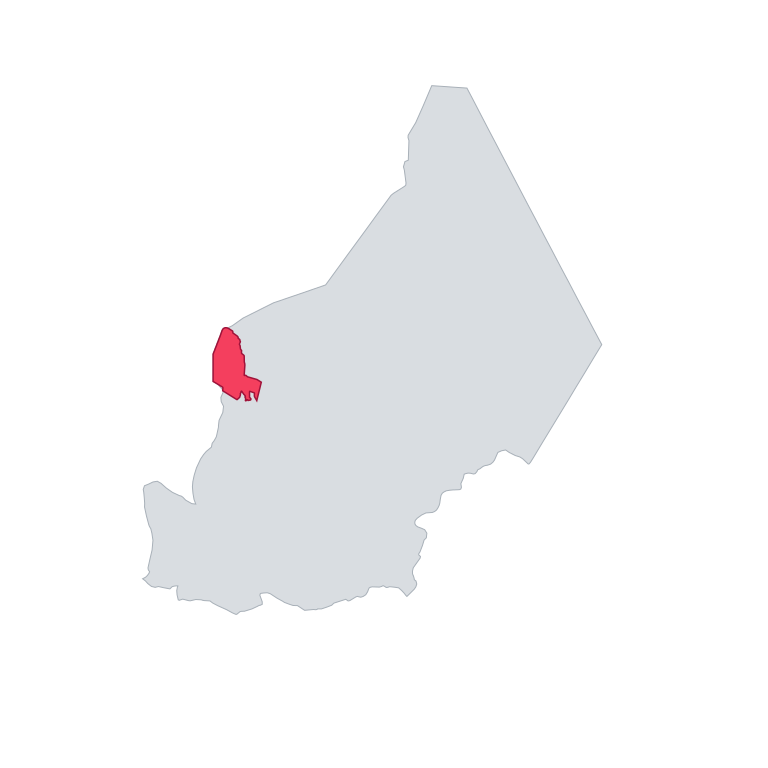 Lac on a map of Chad (Natural Earth projection), rotated 32°
{"feature_id": "TCD-1466", "entity_name": "Lac", "entity_type": "Prefecture", "adm_level": 1, "iso_a3": "TCD", "parent_name": "Chad", "parent_adm1": "", "projection": "natural_earth1", "projection_center": [14.654, 13.759], "detail": "fine", "context": "in_parent", "style": "filled", "palette": "rose", "viewbox_px": 768, "rotation_deg": 32, "n_neighbors": 0, "source": "natural_earth", "source_scale": "10m", "svg_char_len": 5748}
<svg xmlns="http://www.w3.org/2000/svg" viewBox="0 0 768 768"><g transform="rotate(32 384 384)"><path d="M547.8,235.2L548.0,251.7L548.3,268.2L548.5,284.7L548.8,301.2L549.0,317.7L549.2,334.2L549.4,350.7L549.7,367.1L549.7,372.6L549.4,374.8L549.2,375.1L548.6,375.4L541.1,373.9L537.8,373.9L533.2,375.1L526.5,375.7L522.1,375.5L519.1,378.3L516.8,381.7L518.0,389.9L517.8,392.6L516.9,395.4L514.9,397.9L512.8,399.8L511.6,401.5L510.2,405.2L509.0,406.9L509.2,409.2L508.8,411.7L507.6,412.9L504.5,413.9L502.5,415.0L500.8,416.7L499.8,418.0L500.4,419.7L501.2,422.1L501.7,425.7L502.0,427.8L503.6,429.6L504.5,430.8L504.8,432.4L504.0,433.6L500.1,436.3L498.6,437.3L496.9,438.6L496.2,439.1L493.4,441.6L492.0,443.9L491.3,445.7L491.4,448.3L492.9,452.1L494.4,455.4L495.1,457.8L495.4,460.5L495.3,463.1L494.5,465.3L493.1,467.3L487.9,471.1L485.3,475.2L483.3,480.2L482.8,483.0L483.3,484.8L484.4,486.3L486.0,487.1L488.3,487.3L492.1,486.5L495.7,486.0L499.4,487.8L501.4,492.0L500.7,495.1L502.2,500.6L503.5,507.4L503.4,509.6L504.0,510.5L506.3,510.9L506.9,512.5L506.2,524.3L507.3,527.6L508.9,530.0L510.7,531.2L512.5,532.8L513.4,533.9L515.5,534.1L517.8,536.3L518.5,539.2L518.4,541.9L517.0,547.9L516.0,552.0L514.6,551.7L511.9,550.7L508.5,549.8L504.4,549.1L500.5,550.8L496.2,552.9L494.9,554.5L493.7,555.4L491.9,555.3L490.1,555.5L489.2,557.0L487.7,558.7L481.6,562.2L480.3,563.4L479.5,564.7L479.6,566.0L480.2,568.9L480.2,572.4L478.9,575.2L477.3,577.1L475.5,577.8L474.0,578.2L473.0,579.4L469.8,585.8L468.5,587.0L465.7,586.8L457.6,596.4L456.9,599.3L453.9,603.3L450.2,607.8L446.9,609.9L446.6,610.8L445.7,611.6L443.7,612.6L436.6,618.0L428.0,617.8L424.3,620.0L420.6,620.9L415.2,622.0L413.6,621.9L406.7,622.3L398.7,622.1L395.6,622.9L392.7,625.0L390.5,626.8L390.2,627.4L390.5,628.2L390.5,628.8L396.1,633.2L397.5,635.4L396.1,637.5L395.5,637.8L395.4,638.0L394.5,639.6L391.2,644.7L386.1,650.6L383.6,652.3L382.5,653.4L381.2,657.3L380.3,657.9L376.9,658.4L370.0,658.8L360.5,660.1L354.9,660.5L351.3,660.2L346.4,662.9L344.6,663.6L343.5,663.8L338.6,666.5L334.5,670.6L333.0,671.3L327.3,673.1L325.0,675.9L323.9,676.1L320.2,672.4L317.7,669.0L316.4,665.6L316.3,664.5L315.6,664.7L313.6,666.2L311.8,668.0L311.0,671.2L305.1,673.5L300.0,675.3L297.7,677.7L294.1,678.9L289.5,678.4L286.0,677.4L282.5,677.1L284.2,674.2L284.8,671.9L285.0,669.2L284.7,667.4L282.6,666.5L281.3,665.0L278.3,656.5L275.3,647.7L270.9,639.0L266.2,633.5L262.8,630.2L261.7,629.7L260.0,628.7L258.8,627.7L252.5,621.8L246.1,615.2L244.4,612.2L241.2,607.8L237.6,603.1L235.7,601.0L234.8,597.2L237.3,593.8L240.0,589.5L243.3,586.6L247.5,586.4L254.5,587.6L262.0,588.0L269.5,587.1L271.4,586.5L273.4,586.6L277.4,587.6L284.4,587.3L288.0,585.6L284.1,582.6L279.9,577.9L276.0,572.7L273.6,568.0L271.4,562.0L269.4,554.5L268.2,544.8L268.4,539.3L269.0,535.4L271.1,529.0L269.7,525.3L270.0,522.3L269.8,517.8L269.1,515.6L266.4,508.1L265.8,507.3L263.4,502.2L262.4,493.6L259.7,487.9L255.3,485.2L252.8,481.9L251.9,476.0L250.2,474.4L243.4,472.4L237.7,472.3L233.5,465.7L228.2,457.2L223.2,449.2L220.1,433.4L218.3,424.3L220.3,421.5L224.4,415.1L229.6,402.7L241.3,383.5L247.3,373.7L259.2,359.1L273.8,341.1L282.0,330.9L283.3,312.5L284.7,292.9L285.8,278.1L287.1,260.6L288.1,246.0L288.9,235.3L290.0,220.2L291.0,217.3L296.7,205.4L297.1,203.8L296.1,201.8L287.9,191.8L285.4,189.5L283.9,184.3L286.0,181.3L276.2,164.4L273.8,162.3L272.7,160.3L272.6,157.2L272.4,145.5L269.8,127.1L266.4,105.7L277.8,99.6L286.5,95.0L297.5,89.1L307.8,95.1L322.7,103.9L337.6,112.7L352.5,121.4L367.5,130.2L382.4,138.9L397.4,147.7L412.4,156.5L427.4,165.2L442.4,174.0L457.4,182.7L472.4,191.5L487.5,200.2L502.5,209.0L517.6,217.7L532.7,226.5L547.8,235.2Z" fill="#d9dde1" stroke="#a8b0b8" stroke-width="1"/><path d="M237.7,472.4L230.5,460.8L223.3,449.3L223.0,448.1L222.8,446.9L222.6,445.7L222.4,444.6L222.1,443.4L221.9,442.2L221.7,441.0L221.5,439.8L221.2,438.7L221.0,437.5L220.8,436.3L220.6,435.1L220.3,434.0L220.1,432.8L219.9,431.6L219.7,430.4L219.3,428.7L218.9,426.9L218.3,424.3L218.3,422.1L219.4,420.5L220.2,420.0L221.3,419.5L222.6,419.4L223.3,419.2L223.5,419.3L226.9,419.3L227.3,419.3L227.7,419.4L228.1,419.8L228.4,420.3L228.7,420.6L228.9,420.8L234.1,421.1L235.5,421.6L235.9,422.3L236.0,422.4L236.2,422.5L236.5,422.6L237.6,422.6L238.0,422.7L238.2,422.8L238.4,423.0L239.0,423.8L239.3,423.9L239.5,423.9L239.7,424.1L239.8,424.4L239.9,424.6L240.1,426.2L240.3,426.8L240.4,427.0L240.6,427.1L241.7,427.8L243.5,430.1L243.9,430.5L245.4,431.0L245.7,431.5L246.6,433.0L246.9,433.4L247.3,433.5L247.5,433.6L249.6,433.8L250.0,434.0L250.3,434.1L250.5,434.2L250.7,434.5L253.5,438.8L253.8,439.3L255.1,440.5L256.0,441.7L260.7,450.5L261.0,450.7L261.4,450.6L262.1,449.9L262.5,449.9L264.3,450.2L264.5,450.2L273.9,447.5L279.0,447.5L284.9,465.5L281.1,463.5L280.8,463.3L280.3,462.7L279.9,462.1L279.1,460.6L278.8,460.3L278.5,460.3L274.5,461.2L274.1,461.3L274.0,461.5L274.1,461.9L276.9,466.3L277.0,466.5L278.8,467.0L279.1,467.2L279.1,467.3L279.3,467.9L279.3,468.1L279.3,468.3L279.2,468.4L277.6,469.9L277.4,470.0L277.0,469.7L276.9,469.7L276.7,469.7L276.5,469.8L276.4,469.8L276.2,469.9L276.2,470.1L276.1,470.3L276.1,470.7L276.0,471.0L275.9,471.2L275.7,471.5L275.4,471.5L275.3,471.4L275.1,471.3L275.1,471.1L274.7,470.2L274.4,469.9L274.1,469.5L274.0,469.3L273.2,468.9L273.0,468.7L272.9,468.5L273.0,468.1L272.9,468.0L272.8,467.8L272.7,467.7L271.5,467.2L270.5,467.0L270.2,466.9L269.9,466.7L269.7,466.6L269.1,466.4L268.5,466.2L268.0,465.9L267.3,465.6L267.1,465.7L266.9,465.7L266.8,465.9L266.8,466.1L266.9,466.3L267.0,466.6L267.1,467.0L267.3,467.6L267.3,468.3L267.3,468.5L267.7,468.9L267.8,469.0L268.0,469.3L268.5,471.4L268.6,471.6L268.6,471.8L268.4,472.7L268.0,474.0L267.8,474.9L267.6,475.1L267.4,475.2L267.2,475.2L251.4,475.2L250.8,475.2L249.4,472.6L248.8,472.2L237.7,472.4Z" fill="#f43f5e" stroke="#9f1239" stroke-width="1.5"/></g></svg>